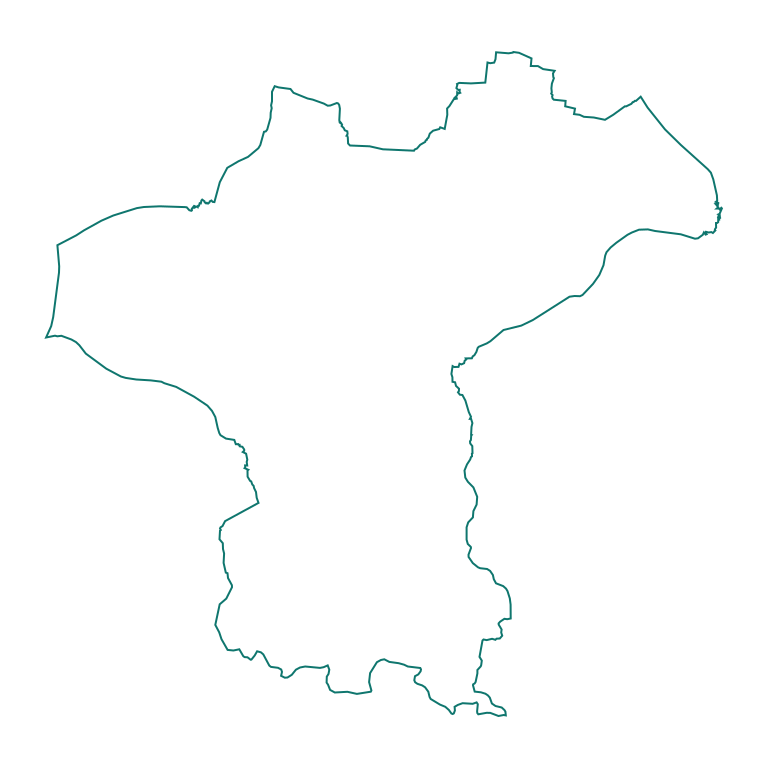 Sangkha, Surin, Thailand
{"feature_id": "78962969B46327860609250", "entity_name": "Sangkha", "entity_type": "district", "adm_level": 2, "iso_a3": "THA", "parent_name": "Thailand", "parent_adm1": "Surin", "projection": "albers", "projection_center": [103.87, 14.543], "detail": "fine", "context": "isolated", "style": "outline", "palette": "teal", "viewbox_px": 768, "rotation_deg": 0, "n_neighbors": 0, "source": "geoboundaries", "source_scale": "gbopen_adm2", "svg_char_len": 6062}
<svg xmlns="http://www.w3.org/2000/svg" viewBox="0 0 768 768"><path d="M712.9,233.0L715.3,230.5L714.8,230.0L715.2,228.8L716.1,227.6L716.0,223.0L717.3,222.9L718.2,222.1L718.2,219.5L719.2,219.6L719.2,218.7L720.1,217.9L719.8,217.3L718.6,218.1L718.0,217.6L718.6,215.7L719.8,215.9L719.7,214.8L718.6,214.3L719.6,213.8L721.9,208.4L721.3,207.8L719.8,209.5L718.9,208.5L716.8,208.5L718.2,207.3L716.7,205.3L717.8,205.1L717.8,204.5L716.2,204.6L715.6,204.0L718.2,203.6L718.3,203.0L715.8,201.9L717.2,200.8L716.9,195.3L713.3,179.4L710.9,172.7L707.8,169.2L680.9,145.0L665.0,129.4L647.6,107.6L640.7,96.7L636.0,100.9L634.9,100.8L633.5,102.1L632.7,102.1L631.4,103.8L626.1,106.4L624.9,106.3L613.2,114.8L605.0,119.8L593.8,117.5L583.9,116.8L579.6,114.8L574.0,114.1L575.0,108.6L565.2,106.3L565.6,100.9L553.8,99.7L552.6,98.5L552.1,96.5L552.6,95.1L551.2,93.6L551.8,92.3L551.4,88.3L551.9,83.6L553.9,78.1L553.3,77.1L553.0,73.4L554.6,70.8L543.1,69.1L538.0,66.1L530.8,66.0L531.5,58.4L519.0,52.8L513.3,52.0L512.9,52.6L508.6,53.3L496.1,52.3L495.5,59.2L494.2,62.6L490.2,63.2L487.5,62.5L485.3,82.6L471.0,83.4L459.2,82.9L457.0,84.0L457.3,84.9L456.4,88.1L458.3,90.0L459.7,89.8L459.6,92.0L460.2,92.8L458.4,93.5L457.2,92.4L457.1,95.4L455.0,97.5L456.6,97.9L456.8,98.6L453.8,99.2L449.4,106.1L447.1,108.5L447.3,114.8L444.7,128.9L440.2,127.3L439.3,129.0L433.1,130.7L429.8,133.6L428.4,137.7L427.1,138.8L426.9,139.8L425.7,140.4L425.2,141.9L420.2,144.8L417.0,148.5L414.7,149.5L414.0,150.7L382.9,149.3L369.6,146.3L350.0,145.5L348.1,143.5L347.8,137.5L347.3,135.8L346.6,135.7L347.6,133.9L347.3,131.3L344.8,130.3L343.7,128.0L341.6,126.0L342.1,124.7L341.1,123.0L340.5,122.3L340.2,122.9L339.7,122.5L339.3,120.1L339.9,108.7L339.2,105.0L338.2,103.5L336.9,103.0L330.3,105.5L327.7,105.7L323.9,103.6L312.7,99.6L307.6,98.5L293.5,92.8L290.5,89.0L278.6,87.4L274.7,86.2L272.0,91.8L272.0,101.3L271.1,105.3L271.7,108.2L270.7,112.7L270.5,117.9L267.2,129.6L265.8,131.4L264.0,131.8L260.3,145.0L258.4,148.2L248.0,156.9L238.6,161.2L227.3,167.8L219.8,182.2L214.4,202.1L212.7,201.9L211.4,200.5L209.7,201.4L209.5,202.4L208.0,203.6L206.9,202.8L206.1,203.4L204.7,202.3L204.5,201.3L202.2,199.6L201.4,200.5L200.8,203.4L199.7,203.2L199.0,205.7L198.2,205.8L197.8,207.1L197.1,206.4L194.6,207.6L194.7,206.1L194.1,205.9L191.8,208.8L191.9,210.4L191.3,210.8L189.3,210.2L186.7,207.3L184.8,207.1L159.9,206.3L143.9,207.0L136.9,208.1L113.3,215.5L101.4,220.7L84.1,230.3L76.2,235.4L57.4,245.2L59.2,266.3L59.0,272.6L53.2,317.1L51.2,326.1L46.1,337.5L55.0,335.7L57.3,336.3L61.4,335.8L71.4,339.5L76.0,342.1L79.3,345.2L85.8,353.6L106.3,368.7L120.9,376.5L125.7,377.9L136.3,379.5L150.9,380.4L161.4,381.7L164.3,383.2L176.2,386.9L194.1,396.7L207.4,405.6L212.0,410.9L215.3,417.0L217.7,427.9L219.3,433.1L220.5,435.2L226.0,438.6L234.3,439.9L235.8,444.2L238.2,444.1L238.5,444.8L239.6,444.8L239.7,446.3L242.4,446.8L244.2,449.5L244.2,450.7L242.8,452.0L246.1,453.7L247.3,459.7L246.7,461.9L247.2,465.5L245.1,465.4L245.2,467.4L244.6,468.1L248.3,469.8L247.5,470.5L247.6,476.7L250.1,480.9L251.2,481.4L252.3,484.5L253.6,485.8L254.1,488.1L256.0,492.0L256.7,497.8L258.5,502.9L225.1,521.1L222.5,526.1L220.5,527.4L220.0,528.5L220.8,530.0L220.0,530.7L219.5,539.3L222.8,543.2L223.0,549.0L224.1,553.5L223.6,562.9L225.8,572.6L227.5,573.2L228.0,578.0L231.9,585.2L232.0,587.2L226.3,598.6L219.7,604.3L215.3,624.9L219.2,632.3L221.5,639.2L227.6,649.9L233.4,650.5L239.3,649.3L243.3,656.2L244.6,657.1L247.5,657.3L250.6,659.7L251.4,659.6L254.7,655.5L257.1,651.3L260.9,652.3L263.3,654.4L269.3,665.6L271.0,666.9L278.0,667.8L281.2,669.5L282.0,671.9L281.1,675.8L284.8,677.7L287.5,677.5L291.8,674.8L295.9,669.7L300.0,667.5L305.2,666.5L320.0,667.9L323.6,667.2L327.7,665.4L329.3,669.7L328.5,674.0L326.8,676.6L326.6,682.6L328.0,684.6L330.1,689.9L334.8,692.5L347.4,691.8L356.9,693.9L370.8,691.7L371.4,690.5L369.1,682.1L370.1,673.1L376.9,662.2L380.9,660.0L384.3,659.3L389.3,661.9L398.7,663.2L404.1,664.7L407.8,666.5L420.3,668.0L421.0,669.4L420.6,671.3L418.3,674.4L415.0,676.2L414.3,680.2L415.1,682.2L417.4,683.8L422.2,685.4L425.1,687.3L428.3,691.7L429.6,697.0L430.7,699.0L440.0,704.6L445.3,706.8L448.9,710.0L451.4,713.5L452.7,714.0L453.8,713.4L454.9,710.5L454.6,706.8L457.9,704.9L462.6,703.2L472.7,703.8L476.6,702.4L477.8,704.2L477.1,711.3L477.3,713.0L478.3,714.3L486.7,712.8L490.3,712.9L498.5,716.0L503.7,715.0L505.8,715.4L505.4,711.6L504.4,710.0L501.7,707.5L495.5,706.0L491.9,703.5L489.8,697.6L487.9,695.4L485.4,693.7L480.9,692.3L474.7,691.6L473.0,685.3L473.1,684.4L474.7,683.4L475.6,682.0L477.4,673.4L477.4,670.0L480.7,666.4L481.2,665.1L481.8,660.6L479.5,656.9L482.5,640.5L483.5,639.5L486.7,640.1L492.1,638.8L495.4,639.8L496.5,638.7L499.8,638.5L502.2,635.7L501.2,632.5L501.6,629.5L498.7,624.6L498.6,623.4L500.1,621.7L504.4,618.8L507.2,619.2L510.7,618.5L510.6,604.6L509.8,598.4L507.5,591.1L506.0,588.6L503.2,586.1L496.0,583.3L493.8,579.2L492.9,575.0L490.1,570.9L487.1,569.0L480.1,568.2L478.0,567.3L472.8,563.1L468.6,557.0L468.5,554.7L471.0,548.0L470.8,546.9L467.8,544.0L466.6,539.7L466.6,527.3L468.2,522.4L472.9,517.4L473.4,511.1L476.6,504.6L477.2,496.8L473.4,487.4L467.9,481.8L465.3,477.6L464.5,470.5L467.0,464.4L470.2,459.5L471.0,457.1L472.0,456.3L471.9,453.6L472.5,453.2L472.3,446.1L470.2,443.4L470.0,441.3L470.9,440.0L471.2,435.6L471.7,435.0L471.1,434.8L471.5,426.9L472.4,423.1L471.1,418.9L469.9,418.9L471.0,416.8L468.8,412.1L465.4,400.6L462.4,395.0L459.9,394.7L458.0,392.3L458.9,391.1L459.0,388.7L456.0,385.9L455.1,382.3L452.5,381.8L452.4,377.2L451.4,374.0L452.6,366.1L454.2,367.0L458.5,366.9L459.5,363.7L461.4,364.4L464.1,363.2L464.7,360.7L466.2,359.5L465.7,358.4L471.9,358.3L472.7,356.4L474.4,355.2L476.4,351.9L477.7,347.9L478.7,346.8L486.8,343.4L490.4,341.2L503.5,330.0L521.3,325.6L532.9,320.0L569.5,296.7L574.6,296.0L580.0,296.2L582.5,295.0L593.0,283.9L599.3,275.0L603.5,265.2L605.2,255.6L606.5,252.2L610.6,247.5L616.4,242.7L627.5,234.8L631.9,232.5L639.0,229.7L647.9,229.4L655.1,231.0L680.8,234.3L695.0,238.7L698.0,238.3L702.8,234.8L703.9,232.4L705.6,234.6L706.6,234.2L705.5,232.8L705.9,231.8L708.6,232.5L711.4,232.1L712.9,233.0Z" fill="none" stroke="#0f766e" stroke-width="2"/></svg>